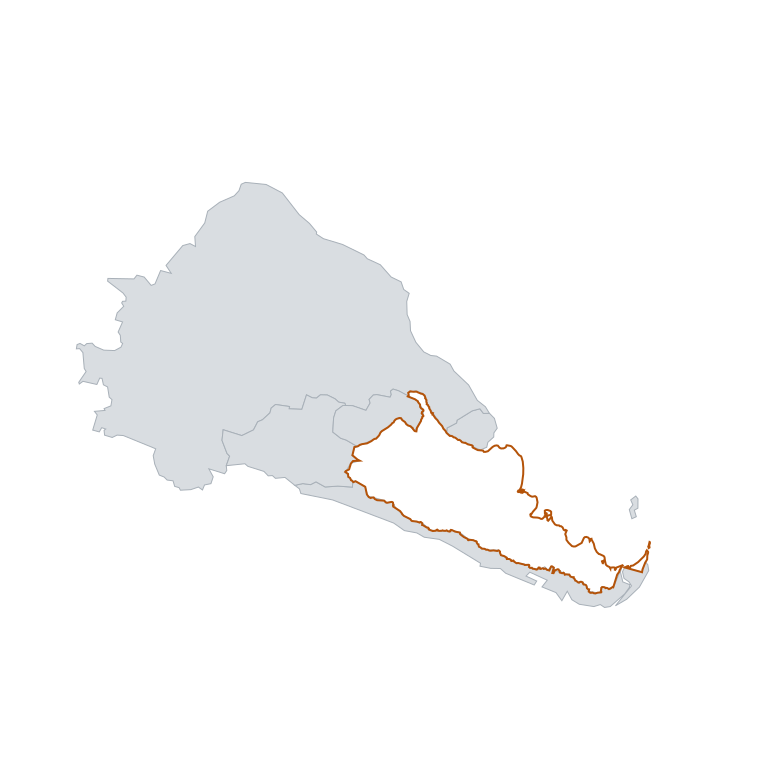 Argentina shown with its bordering countries, rotated 286°
{"feature_id": "ARG", "entity_name": "Argentina", "entity_type": "country or territory", "adm_level": 0, "iso_a3": "ARG", "parent_name": "South America", "parent_adm1": "", "projection": "equal_earth", "projection_center": [-65.46, -38.417], "detail": "fine", "context": "with_neighbors", "style": "outline", "palette": "amber", "viewbox_px": 768, "rotation_deg": 286, "n_neighbors": 6, "source": "natural_earth", "source_scale": "50m", "svg_char_len": 11002}
<svg xmlns="http://www.w3.org/2000/svg" viewBox="0 0 768 768"><g transform="rotate(286 384 384)"><path d="M274.0,665.9L274.4,684.0L285.1,684.2L283.0,687.4L277.6,689.9L259.2,685.5L244.1,676.7L234.6,667.6L258.2,677.6L261.4,673.9L263.3,668.3L269.3,665.0L274.0,665.9ZM262.0,326.2L265.9,333.4L267.0,341.1L271.2,345.6L268.8,355.8L273.1,367.7L276.2,382.1L281.9,380.7L282.8,383.3L280.2,394.2L271.8,399.3L272.2,416.6L270.6,419.9L272.9,423.9L267.6,430.3L262.7,439.9L260.1,449.2L260.9,459.0L256.4,469.4L260.2,486.6L262.2,488.5L262.3,497.6L258.3,507.2L258.6,515.3L253.2,521.7L253.4,530.6L255.9,539.9L251.6,543.4L248.5,561.6L250.1,572.9L247.3,574.8L249.3,585.5L252.6,588.9L250.4,592.7L253.7,594.6L254.6,598.0L251.6,599.7L252.5,605.0L250.4,616.8L247.1,624.3L248.1,628.7L246.2,634.2L241.2,638.0L242.2,647.1L244.7,650.1L249.1,649.6L249.3,655.9L252.2,660.7L274.3,663.1L268.5,663.1L259.6,668.1L258.8,675.7L256.1,675.9L248.6,673.2L232.4,662.8L230.0,657.6L231.6,652.7L227.9,647.1L226.1,632.4L228.4,624.1L235.3,617.3L224.7,614.7L230.9,606.8L232.5,591.8L240.4,595.0L243.3,576.0L238.5,573.5L236.7,585.1L232.2,583.8L235.6,553.2L238.7,546.7L236.2,537.4L235.3,526.5L238.3,526.2L247.0,494.7L249.9,479.9L247.8,464.9L249.9,456.6L248.7,444.0L253.0,431.6L258.4,366.6L255.8,334.3L259.9,331.6L262.0,326.2Z" fill="#d9dde1" stroke="#a8b0b8" stroke-width="1"/><path d="M322.8,659.4L330.9,654.4L336.5,656.5L340.6,653.1L345.7,656.9L343.6,659.8L334.6,662.3L331.7,659.4L326.0,663.1L322.8,659.4Z" fill="#d9dde1" stroke="#a8b0b8" stroke-width="1"/><path d="M354.2,457.8L359.1,456.7L366.5,464.5L369.3,464.2L382.5,476.2L386.6,483.0L383.1,487.7L384.9,493.4L381.4,499.6L372.7,505.0L367.3,503.1L363.3,504.1L356.6,499.9L351.5,500.2L347.2,494.8L347.9,488.3L349.6,486.1L349.8,476.2L354.2,457.8Z" fill="#d9dde1" stroke="#a8b0b8" stroke-width="1"/><path d="M384.9,493.4L383.1,487.7L386.6,483.0L382.5,476.2L369.3,464.2L366.5,464.5L359.1,456.7L354.2,457.8L373.7,434.0L385.6,424.2L386.1,416.0L382.4,410.0L378.5,412.0L381.5,399.9L381.6,394.1L378.9,392.2L375.9,393.9L373.0,393.5L371.8,379.9L370.4,376.7L365.1,373.9L361.9,375.9L353.7,373.9L354.5,359.6L352.2,353.7L354.7,351.6L354.1,345.5L356.3,340.9L357.8,332.5L356.1,325.9L351.8,322.9L351.0,318.7L352.2,312.5L337.0,312.0L334.0,299.6L336.3,299.4L334.4,285.4L329.8,282.2L324.8,282.3L316.1,277.0L312.9,273.0L303.9,271.2L295.2,261.5L295.7,242.0L285.2,243.8L273.9,252.3L272.1,255.5L262.0,254.9L257.5,256.7L253.8,255.5L254.2,239.0L247.7,245.4L240.5,245.1L237.5,239.3L232.1,238.7L233.8,234.0L229.2,227.4L225.8,217.6L227.9,215.6L227.9,211.0L232.8,207.9L231.9,202.0L234.0,198.2L234.5,193.1L243.8,185.7L251.5,181.9L258.8,182.4L262.6,147.7L261.3,141.5L257.7,137.5L257.8,129.5L262.3,127.7L264.0,128.9L264.2,124.7L259.5,123.5L259.4,116.7L275.2,116.9L277.9,113.2L281.7,123.1L283.2,121.7L287.7,127.5L294.0,126.8L295.6,123.5L305.0,119.1L305.9,114.5L311.7,111.4L311.3,109.1L304.4,108.1L303.6,93.9L300.0,91.1L301.5,90.1L313.9,94.2L316.3,91.6L331.2,85.9L334.1,81.7L333.0,78.6L337.3,78.1L339.2,80.6L338.1,85.4L340.9,87.1L342.8,92.2L340.5,96.0L339.3,105.3L341.9,115.9L346.9,121.0L350.9,121.6L351.8,119.4L358.1,117.1L360.7,114.1L371.6,115.6L371.7,108.0L378.8,107.9L387.0,112.4L389.6,109.5L391.4,109.9L392.5,113.0L396.4,112.2L399.5,108.1L406.7,90.0L409.4,89.5L416.1,114.7L420.5,116.5L420.7,124.0L414.6,133.0L417.1,136.3L431.5,138.0L431.7,149.0L437.9,141.8L461.6,152.4L465.5,158.8L464.2,164.9L473.6,161.5L489.4,167.3L501.5,166.9L513.4,175.9L523.6,188.2L529.8,191.3L536.7,191.7L539.6,195.2L543.3,215.7L539.6,233.6L523.4,255.8L517.8,268.1L511.5,277.4L509.5,277.6L507.0,285.6L506.7,305.7L502.5,329.2L499.8,333.4L497.6,347.6L488.8,361.4L486.9,372.3L480.3,376.9L478.1,383.2L469.6,383.1L457.1,387.1L451.3,391.8L442.5,394.8L432.9,403.1L425.8,413.4L424.3,421.1L425.3,426.8L421.3,442.1L415.7,447.7L406.4,465.6L394.0,478.2L390.1,487.7L384.9,493.4Z" fill="#d9dde1" stroke="#a8b0b8" stroke-width="1"/><path d="M262.0,254.9L272.1,255.5L273.9,252.3L285.2,243.8L295.7,242.0L295.2,261.5L303.9,271.2L312.9,273.0L316.1,277.0L324.8,282.3L329.8,282.2L334.4,285.4L336.3,299.4L334.0,299.6L337.0,312.0L352.2,312.5L351.0,318.7L351.8,322.9L356.1,325.9L357.8,332.5L356.3,340.9L354.1,345.5L354.7,351.6L352.2,353.7L352.1,350.5L344.9,345.1L337.5,344.9L323.7,348.0L319.9,357.3L319.7,363.0L316.5,375.6L315.2,373.3L306.3,372.9L303.2,381.3L298.6,373.8L288.4,371.2L281.9,380.7L276.2,382.1L273.1,367.7L268.8,355.8L271.2,345.6L267.0,341.1L265.9,333.4L262.0,326.2L266.9,314.6L263.4,305.6L265.2,302.0L263.8,298.0L266.9,292.7L267.3,275.9L269.0,272.3L262.0,254.9Z" fill="#d9dde1" stroke="#a8b0b8" stroke-width="1"/><path d="M352.1,350.5L354.5,359.6L353.7,373.9L361.9,375.9L365.1,373.9L370.4,376.7L371.8,379.9L373.0,393.5L375.9,393.9L378.9,392.2L381.6,394.1L381.5,399.9L377.0,421.1L369.7,429.0L363.6,430.6L347.4,426.3L355.3,410.6L354.3,406.0L346.4,401.9L337.0,394.3L330.7,392.7L316.5,375.6L319.7,363.0L319.9,357.3L323.7,348.0L337.5,344.9L344.9,345.1L352.1,350.5Z" fill="#d9dde1" stroke="#a8b0b8" stroke-width="1"/><path d="M354.3,457.5L352.2,461.6L352.6,462.8L352.6,464.3L351.9,465.5L352.1,466.8L351.9,467.7L350.6,470.7L351.1,471.9L350.6,473.4L349.5,475.0L349.6,477.6L349.9,478.2L349.1,481.4L349.3,485.3L348.7,486.5L347.8,486.4L347.4,486.8L346.3,492.3L347.3,497.6L346.3,498.6L346.7,500.2L348.0,502.4L353.4,505.7L355.1,507.3L356.0,509.1L356.1,510.5L354.6,512.6L354.3,514.3L355.1,516.7L356.4,518.2L357.4,518.7L358.8,518.7L359.0,519.1L359.3,522.4L359.2,523.6L358.7,524.6L355.9,529.3L353.6,532.2L352.7,533.8L352.4,535.5L351.6,536.3L347.6,538.8L341.6,541.1L335.6,542.7L326.2,544.1L322.7,544.2L320.9,543.9L319.3,543.4L318.5,542.4L317.4,542.3L317.1,542.8L317.6,544.1L317.3,545.7L317.6,546.5L319.4,547.8L318.4,547.8L319.2,548.6L318.7,552.1L317.6,552.7L316.7,555.6L316.5,557.1L316.7,558.0L317.8,560.1L317.4,561.4L316.7,562.1L312.6,564.2L307.9,564.6L306.8,564.5L302.4,562.4L299.1,561.4L299.4,560.8L299.0,560.6L297.5,561.3L297.1,562.0L296.9,564.1L297.9,568.4L298.0,570.1L297.6,572.2L298.1,573.4L300.7,574.9L301.3,574.8L301.5,575.0L301.0,575.8L301.0,576.3L302.1,576.5L304.4,576.1L304.7,574.9L303.3,574.8L303.5,574.5L306.6,573.5L307.3,574.2L307.7,575.1L308.0,576.2L307.8,578.9L307.2,579.9L304.8,580.6L304.1,580.4L302.8,577.8L301.6,577.2L300.5,577.4L299.3,578.3L298.2,578.6L297.8,579.5L300.6,580.9L302.8,581.4L302.0,582.2L299.1,583.4L296.2,587.0L295.8,588.9L296.3,591.3L295.8,592.3L296.1,593.4L295.4,595.2L293.4,596.9L293.1,598.1L293.8,598.8L293.5,600.0L289.7,599.6L286.9,601.6L284.5,602.3L282.3,605.1L280.0,609.4L280.1,611.3L280.7,612.9L285.7,617.8L291.1,618.6L292.1,619.2L292.8,620.8L292.6,622.8L291.8,624.0L289.5,625.1L289.9,625.3L291.5,625.1L292.0,625.3L292.4,626.1L291.7,626.4L288.4,629.6L284.1,632.0L281.2,634.8L279.8,637.4L279.9,638.2L279.2,642.6L278.3,643.7L276.0,644.7L274.5,643.6L273.2,641.7L273.4,642.7L273.3,643.3L271.2,643.9L273.7,643.9L274.9,645.2L271.5,647.1L270.6,648.8L270.2,651.2L268.9,652.5L269.9,652.3L270.9,654.9L271.1,656.1L271.0,656.9L268.3,657.2L270.2,657.9L271.1,657.6L271.6,658.0L275.5,663.2L275.2,663.6L275.0,663.1L270.1,661.8L268.2,661.8L265.1,660.7L251.8,660.4L251.9,659.7L249.8,658.1L248.8,656.8L249.4,654.8L249.4,654.2L248.8,653.1L249.3,652.6L249.4,651.5L248.9,649.6L247.8,649.0L247.0,649.3L245.4,649.4L244.0,650.3L243.5,650.1L242.3,646.9L240.9,644.9L240.7,643.1L241.0,642.1L240.2,640.3L240.3,639.3L240.7,638.7L240.9,638.0L243.1,637.8L242.9,636.9L243.6,635.4L245.6,634.4L246.4,633.5L246.5,632.3L246.3,631.1L247.0,630.2L248.0,629.8L248.3,628.6L248.1,627.5L247.5,626.7L246.8,626.3L246.7,625.5L247.8,622.8L247.7,622.1L249.3,620.8L249.7,619.9L250.6,619.6L250.2,617.9L250.3,616.3L251.9,614.7L251.3,611.8L250.5,610.3L251.8,609.3L252.1,608.5L251.2,607.5L251.2,605.1L251.5,604.7L252.8,604.5L252.9,603.9L253.9,602.9L253.8,602.0L252.0,599.7L248.9,599.1L248.7,597.9L254.3,597.8L255.0,596.0L255.0,595.4L254.6,594.9L250.3,594.3L250.3,591.8L251.1,590.2L250.3,588.6L250.7,588.2L250.5,587.1L249.4,585.7L249.4,584.9L250.4,584.4L250.4,583.9L250.2,583.2L248.2,582.6L247.6,581.6L247.7,579.6L247.4,577.8L248.1,576.8L247.5,575.2L247.6,574.8L248.1,573.8L249.3,573.8L250.0,573.4L250.1,572.9L248.8,569.2L249.1,568.4L248.9,562.1L248.3,561.1L248.4,560.2L249.2,557.9L249.9,557.3L250.0,556.9L249.2,556.0L249.0,555.4L249.1,554.9L249.8,554.6L250.1,553.9L250.3,552.6L249.6,550.3L250.1,549.9L250.9,549.9L251.7,547.0L251.7,543.6L253.9,541.9L254.9,541.7L255.6,540.4L255.6,539.8L254.7,538.9L254.2,535.0L253.1,532.4L252.9,531.1L253.3,529.3L252.8,527.9L253.3,526.1L252.7,523.5L253.6,521.6L253.6,520.4L254.7,519.4L255.9,519.1L256.0,518.0L257.2,516.7L258.0,516.6L258.3,515.9L258.2,514.1L258.5,513.1L258.1,510.6L257.7,508.7L257.2,508.5L257.1,507.9L258.2,506.9L258.9,502.9L260.6,498.6L262.1,497.9L261.7,493.0L262.3,489.7L262.2,488.5L261.6,488.2L260.7,488.4L260.2,487.7L260.1,486.0L260.6,484.6L259.9,483.8L259.4,482.0L259.4,480.5L258.9,480.1L258.0,477.5L257.9,476.2L258.4,476.1L258.7,475.3L258.1,474.6L257.2,474.2L256.1,471.4L256.3,468.9L256.5,467.2L256.9,466.8L257.5,466.9L258.1,465.9L257.8,464.7L259.1,460.1L259.0,459.5L260.7,459.2L261.5,457.4L261.3,456.8L260.6,456.4L260.8,453.3L260.0,448.7L260.2,448.0L261.4,446.5L262.7,439.5L263.9,437.3L264.3,437.2L266.3,434.5L268.7,426.6L269.8,426.1L270.2,426.5L270.7,426.4L271.1,425.9L272.5,425.3L272.8,424.7L272.7,423.7L270.6,419.5L270.7,418.3L271.9,416.3L270.4,409.4L270.9,406.8L272.1,405.3L271.4,403.5L270.7,402.6L271.1,400.5L273.1,398.0L280.0,394.3L282.7,383.5L281.2,381.6L282.3,379.8L282.4,378.8L284.3,377.3L284.9,375.2L287.7,374.2L288.8,370.9L289.7,371.2L292.3,374.0L298.4,374.1L301.4,375.4L303.6,381.7L304.1,379.3L306.8,373.3L315.2,372.9L316.9,376.0L318.9,377.6L320.1,379.4L322.3,384.1L325.6,387.6L327.9,389.3L328.8,390.3L329.2,391.4L333.3,393.5L336.4,394.0L338.1,394.9L343.5,399.8L347.0,402.1L348.6,402.7L349.8,403.9L351.5,404.1L352.9,404.8L353.9,405.7L355.3,407.7L355.7,408.5L355.8,409.9L354.3,411.5L353.2,414.7L351.5,416.5L350.7,418.6L350.7,421.2L349.6,423.2L349.7,423.5L348.8,424.2L347.3,426.3L347.2,427.0L347.4,428.2L350.8,427.8L358.8,429.8L359.9,429.5L361.9,430.1L362.8,429.8L364.0,430.7L364.5,430.5L366.2,428.3L367.8,428.3L369.0,429.3L369.6,429.2L370.2,428.7L370.8,426.5L371.9,425.1L374.2,424.3L375.8,421.9L376.7,421.4L377.9,417.9L378.6,410.3L380.0,410.8L382.2,409.7L384.2,411.2L384.6,414.3L385.7,417.6L385.4,418.3L384.9,422.4L385.1,423.8L384.1,426.2L381.9,427.8L381.6,427.6L380.2,429.3L378.5,429.6L377.6,430.4L376.3,430.6L375.7,432.3L374.7,432.9L374.2,433.9L373.0,434.2L371.2,436.2L369.3,437.3L369.1,437.9L369.5,438.3L369.5,439.1L367.9,439.0L367.8,439.8L365.3,442.8L363.9,445.4L362.0,447.5L359.6,451.5L357.4,453.4L355.9,456.0L354.3,457.5ZM274.2,683.9L274.0,666.1L275.9,668.1L276.6,669.6L276.0,669.1L275.4,669.4L274.8,670.4L275.0,671.0L277.2,671.4L278.2,673.5L282.9,677.4L289.8,681.3L292.9,682.3L295.3,682.1L296.6,682.5L295.5,684.1L294.7,684.4L291.6,684.4L288.0,685.3L284.0,684.3L277.0,683.6L274.2,683.9ZM300.6,682.8L301.3,683.0L305.3,682.8L305.2,683.2L304.3,683.5L302.1,683.4L300.0,684.3L299.3,683.7L300.6,682.8ZM320.7,545.9L320.7,546.5L320.4,546.4L319.5,545.8L319.1,545.0L320.7,545.9Z" fill="none" stroke="#b45309" stroke-width="2"/></g></svg>